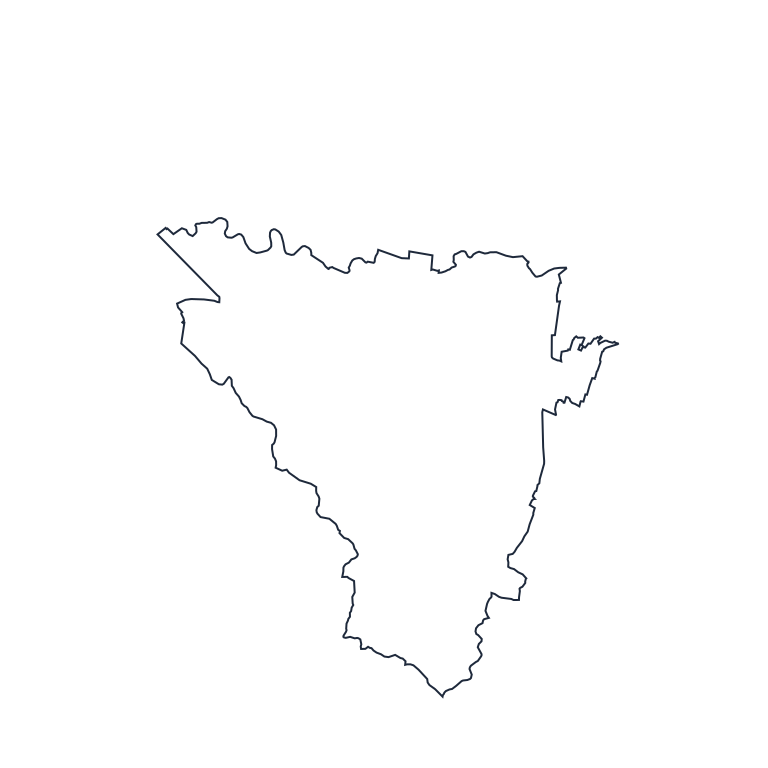 outline of Dragutesti, Gorj, Romania, rotated 44°
{"feature_id": "2599482B69401383147703", "entity_name": "Dragutesti", "entity_type": "district", "adm_level": 2, "iso_a3": "ROU", "parent_name": "Romania", "parent_adm1": "Gorj", "projection": "equal_earth", "projection_center": [23.244, 44.958], "detail": "fine", "context": "isolated", "style": "outline", "palette": "slate", "viewbox_px": 768, "rotation_deg": 44, "n_neighbors": 0, "source": "geoboundaries", "source_scale": "gbopen_adm2", "svg_char_len": 6141}
<svg xmlns="http://www.w3.org/2000/svg" viewBox="0 0 768 768"><g transform="rotate(44 384 384)"><path d="M643.3,568.2L642.5,567.0L642.3,565.2L641.8,564.1L641.8,561.9L643.3,558.2L644.8,556.1L645.6,551.0L646.2,543.8L646.8,542.4L649.6,539.0L650.8,536.4L650.8,535.1L649.0,532.1L643.5,529.6L642.6,528.2L642.2,526.3L643.2,520.1L643.9,518.1L643.0,512.3L642.5,511.2L641.7,510.5L634.3,508.2L632.8,505.1L632.9,501.4L631.4,499.5L626.2,499.2L624.1,499.7L621.7,498.4L619.9,495.8L619.5,491.9L621.0,487.6L619.5,485.2L619.4,483.6L621.9,479.4L619.5,478.9L614.6,476.7L610.9,470.6L610.1,468.6L609.2,465.4L609.3,463.3L609.1,462.3L606.4,459.6L609.6,458.1L614.6,457.2L617.0,456.1L624.9,450.2L627.2,449.4L631.1,445.6L629.2,443.5L625.6,438.6L623.7,437.1L623.6,436.0L624.4,433.7L623.8,429.0L622.7,427.9L621.4,425.7L621.4,425.0L616.0,424.6L611.3,426.2L606.1,426.8L602.8,428.6L600.3,429.2L597.4,425.9L594.7,424.2L592.2,420.5L594.6,416.8L594.5,414.0L593.4,409.6L592.5,401.1L590.8,396.1L589.9,390.4L586.2,383.7L582.2,374.3L581.0,373.1L578.6,368.5L572.9,369.8L571.3,365.0L571.5,362.9L572.3,362.0L571.5,362.0L571.2,361.6L569.3,361.6L568.7,360.9L567.2,356.3L567.9,355.2L565.4,351.0L564.6,350.1L564.7,347.5L562.0,344.0L554.6,330.2L552.7,328.1L542.5,319.0L523.2,300.0L517.5,294.4L516.0,291.9L529.1,287.0L529.1,286.6L524.7,283.5L521.0,277.6L521.5,276.6L520.5,274.4L521.7,273.2L523.0,272.3L523.8,272.7L525.3,272.1L526.2,272.7L526.8,272.1L524.1,266.8L525.8,265.8L527.8,265.7L529.8,266.8L532.6,266.9L535.3,265.6L540.1,264.4L537.6,260.1L537.5,259.7L539.7,258.1L536.1,251.6L537.5,250.7L532.8,242.0L529.7,235.1L531.6,234.0L531.2,233.8L531.4,232.4L528.4,227.2L528.4,226.2L524.9,218.6L524.0,217.2L523.2,217.1L522.0,215.7L518.5,209.2L519.0,208.2L518.2,206.2L518.8,203.4L524.4,193.1L524.5,192.5L524.1,192.3L521.5,193.8L520.6,193.5L519.8,195.5L516.2,197.5L514.2,198.1L512.9,199.3L511.1,204.2L511.0,205.9L508.3,204.5L508.6,199.3L506.5,199.4L506.5,201.5L505.1,201.9L504.9,204.1L503.6,205.4L504.6,211.6L502.9,212.9L503.5,218.0L501.9,219.0L501.6,218.4L501.0,218.5L502.5,223.1L499.8,224.1L497.8,219.3L499.0,218.8L498.9,218.2L496.4,211.8L495.2,212.0L491.3,216.1L489.2,216.2L488.9,218.7L489.5,220.3L489.3,221.2L493.9,230.3L492.5,231.1L493.0,232.3L489.4,237.4L493.0,242.4L495.8,244.6L493.9,245.3L492.4,246.5L488.0,248.2L486.3,248.2L485.4,247.6L470.9,232.4L473.0,230.1L455.6,206.2L453.2,202.3L451.3,204.5L450.1,203.5L446.6,200.0L444.0,195.5L443.1,194.8L440.4,189.3L441.0,188.3L433.7,183.8L434.9,174.4L434.1,173.9L429.5,178.6L426.2,182.7L423.8,188.2L422.1,196.4L419.5,200.6L418.3,201.4L413.4,200.9L409.3,199.9L407.8,200.0L405.0,199.3L403.7,198.2L403.6,196.2L402.9,195.6L402.2,196.2L394.9,195.8L388.6,203.2L382.6,207.0L373.3,211.1L368.8,215.6L367.7,217.8L365.9,220.1L360.5,222.8L359.2,225.4L358.3,228.6L358.7,231.8L358.0,233.3L355.9,234.0L350.8,232.4L349.2,233.0L347.4,234.7L345.6,240.2L344.8,241.7L345.3,243.7L348.1,246.4L349.0,247.9L352.9,248.3L353.5,249.2L353.4,250.2L351.8,253.2L351.6,256.1L350.7,257.6L349.9,260.2L348.0,263.8L346.1,266.1L344.6,264.2L343.7,265.6L339.6,267.7L338.8,269.1L329.5,257.8L310.1,271.0L314.7,276.4L309.3,281.2L286.6,291.5L288.5,294.4L289.2,297.7L290.6,300.4L292.4,302.6L292.4,304.0L287.3,307.3L287.1,308.8L286.2,309.4L280.9,309.3L278.5,310.7L276.8,313.0L275.7,315.1L275.4,317.2L276.2,320.5L277.2,322.5L277.8,324.8L280.2,326.1L280.8,327.0L280.5,329.5L278.6,331.2L267.0,335.6L265.6,335.8L264.0,338.3L264.3,339.7L264.0,339.9L260.3,340.1L255.9,339.2L242.2,341.8L240.5,340.1L238.0,338.5L235.3,338.5L231.3,339.7L229.9,341.4L229.6,342.6L229.2,353.6L227.7,355.5L223.3,357.8L222.1,357.8L219.5,356.7L213.3,352.2L206.6,348.2L202.4,347.5L198.5,348.3L197.2,349.2L196.3,351.3L196.3,352.6L196.9,354.3L199.4,357.2L204.7,360.7L207.2,363.2L207.6,364.6L207.5,368.3L207.1,369.4L203.6,375.3L201.3,378.3L196.8,380.1L193.1,380.5L186.7,379.0L180.7,376.0L177.5,375.7L175.6,376.7L174.9,377.8L173.3,383.7L172.6,384.8L169.7,387.1L167.7,387.4L165.0,386.4L163.6,384.4L163.1,381.5L161.9,379.2L158.7,376.3L155.8,375.9L151.9,377.5L149.9,379.6L149.3,381.5L148.5,386.8L148.0,387.7L145.7,389.0L144.8,390.9L140.9,394.8L139.9,396.9L138.1,398.7L137.7,399.6L138.1,401.0L140.0,401.6L143.4,404.7L143.8,406.4L143.6,410.5L140.0,411.8L137.9,411.7L134.7,410.5L130.4,412.4L128.4,422.5L120.2,422.6L120.0,423.6L118.5,423.4L117.2,433.7L202.5,436.0L204.9,435.7L206.0,436.5L208.7,439.6L207.3,440.7L204.1,442.0L195.8,448.2L186.3,456.8L182.7,461.4L179.3,469.9L182.7,472.0L189.0,472.5L188.9,473.8L189.3,474.3L194.1,476.0L196.2,477.4L196.5,477.9L196.0,478.9L196.1,479.8L197.5,479.6L198.0,478.8L210.0,495.7L228.6,495.1L238.6,496.1L246.2,495.8L252.0,498.0L257.3,500.7L265.4,498.9L268.1,496.8L268.6,495.2L267.5,487.3L267.8,486.5L269.2,486.3L271.4,486.8L275.8,491.0L278.7,491.5L283.5,493.4L288.4,493.8L292.0,495.1L295.0,496.7L298.9,496.8L300.7,496.2L302.4,496.2L306.8,497.7L311.5,498.3L312.8,498.0L321.0,493.8L325.8,492.5L329.7,490.4L333.6,490.1L338.0,491.7L342.5,496.3L345.7,501.9L346.1,503.4L345.9,505.6L348.7,508.6L354.7,513.1L357.3,513.4L360.1,514.6L362.8,517.3L364.2,519.5L371.0,517.1L373.5,513.2L377.4,513.8L390.1,511.9L400.6,506.6L406.8,505.2L409.4,508.0L411.3,509.4L415.1,510.3L417.2,511.4L421.6,516.9L421.5,518.9L423.0,521.7L424.7,523.0L426.2,523.5L430.8,523.8L438.3,518.9L446.5,518.2L448.6,518.8L452.3,520.7L454.3,520.3L455.6,522.2L462.3,522.4L466.0,520.5L472.1,520.4L473.4,520.7L477.3,523.0L479.3,523.2L483.4,524.6L484.2,525.9L484.4,527.4L484.0,529.7L482.4,532.8L482.8,536.9L481.6,540.4L481.9,543.0L482.4,544.3L484.9,547.0L488.0,551.8L491.6,548.2L493.2,548.2L499.3,546.5L507.8,554.4L509.1,559.2L514.0,563.7L515.4,564.3L516.1,567.3L518.1,570.2L518.4,572.3L521.2,575.1L521.5,577.7L522.4,579.2L523.5,582.4L526.8,586.3L528.1,587.1L528.8,588.7L529.7,593.1L530.4,594.1L531.3,594.1L532.8,593.2L535.3,589.4L539.6,587.3L541.1,585.3L542.3,584.6L544.4,584.2L548.5,587.0L549.6,589.0L551.6,590.5L554.6,587.4L555.1,584.1L557.0,583.7L558.5,582.7L561.6,583.0L565.2,582.4L569.6,580.5L573.6,579.8L577.0,577.3L580.2,571.1L586.2,569.7L588.2,568.5L592.1,568.5L594.3,571.3L595.3,569.7L597.7,567.3L600.6,565.9L607.3,565.5L620.0,566.2L622.8,568.4L625.8,569.0L632.8,568.0L643.3,568.2Z" fill="none" stroke="#1e293b" stroke-width="2"/></g></svg>